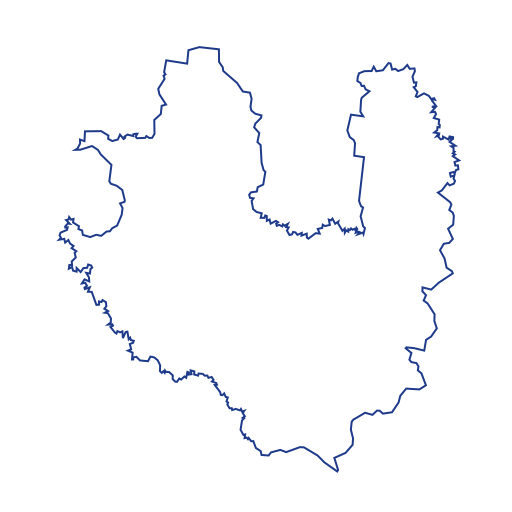 outline of Dong Phu, Bình Phước, Vietnam, rotated 96°
{"feature_id": "81297802B41717626545623", "entity_name": "Dong Phu", "entity_type": "district", "adm_level": 2, "iso_a3": "VNM", "parent_name": "Vietnam", "parent_adm1": "Bình Phước", "projection": "albers", "projection_center": [106.951, 11.479], "detail": "fine", "context": "isolated", "style": "outline", "palette": "blue", "viewbox_px": 512, "rotation_deg": 96, "n_neighbors": 0, "source": "geoboundaries", "source_scale": "gbopen_adm2", "svg_char_len": 6000}
<svg xmlns="http://www.w3.org/2000/svg" viewBox="0 0 512 512"><g transform="rotate(96 256 256)"><path d="M366.8,73.5L355.4,79.2L352.8,83.1L348.8,82.9L345.7,85.3L345.3,90.4L343.1,92.6L336.2,91.3L332.1,97.5L331.1,96.8L331.1,89.0L332.5,78.8L321.6,78.1L317.8,73.4L309.1,68.6L302.1,71.8L295.3,72.3L285.2,80.4L282.8,84.6L277.2,82.8L273.8,86.8L269.8,87.1L271.1,78.2L263.5,71.5L252.7,58.5L250.6,59.6L247.7,65.2L238.8,68.2L231.0,73.6L224.2,70.5L222.8,65.3L218.5,62.0L208.8,67.8L204.3,63.2L195.4,63.4L192.3,64.9L190.0,68.6L184.5,67.1L182.3,68.4L173.9,81.7L171.4,78.1L163.5,73.2L165.5,70.8L163.4,66.8L160.6,65.9L158.4,67.6L155.1,67.1L156.7,70.6L153.2,71.8L151.8,68.4L153.3,67.1L149.6,66.1L148.6,63.8L144.7,64.7L145.2,67.2L141.8,68.4L139.7,64.0L136.1,70.7L134.2,68.6L133.3,71.0L131.5,69.3L130.9,70.6L128.0,70.7L126.5,73.3L125.5,69.2L122.3,75.4L119.8,73.3L119.0,74.9L118.7,72.3L117.2,72.4L116.9,76.0L120.1,76.7L117.7,82.5L119.9,82.4L120.7,84.5L118.4,87.1L116.9,86.8L118.0,88.9L114.9,87.0L114.6,91.7L111.9,88.9L108.8,89.0L108.9,86.9L106.5,86.9L105.7,88.1L101.2,88.1L100.2,93.6L96.1,91.8L93.9,93.1L94.7,96.8L89.7,93.4L89.2,96.7L88.0,92.6L83.1,97.2L81.6,95.9L81.9,94.4L80.5,95.3L81.5,98.3L78.7,100.8L76.7,105.9L81.1,112.2L80.5,113.8L76.0,112.5L71.6,116.8L70.4,114.8L66.6,114.7L67.1,117.0L61.4,119.1L55.6,117.3L52.9,118.0L53.8,122.7L50.2,125.5L54.8,129.0L57.2,134.0L55.3,137.0L56.4,140.1L50.5,142.3L50.3,144.4L58.0,149.2L59.7,155.7L55.4,158.7L60.0,160.4L60.8,167.4L63.5,172.6L67.2,173.5L71.4,173.5L73.0,170.2L75.9,168.7L75.4,166.4L78.8,164.4L80.3,160.4L87.6,167.4L89.7,167.8L101.6,167.3L105.9,164.0L105.5,176.3L121.6,178.3L127.9,175.2L130.5,170.9L133.5,169.3L146.0,168.8L146.4,158.9L190.4,159.3L195.5,156.8L196.6,154.6L205.6,156.1L215.3,152.5L216.8,150.6L222.9,151.4L221.5,152.1L223.8,156.9L221.5,155.3L221.1,156.3L222.4,159.2L218.7,158.1L217.5,159.1L220.3,159.7L218.7,161.0L219.8,162.8L218.6,164.4L220.3,165.3L219.7,166.9L222.1,166.8L221.1,168.9L223.6,170.1L219.5,170.7L221.9,172.7L214.8,177.9L213.1,177.7L215.7,180.6L210.8,183.9L212.7,185.2L212.2,187.4L217.4,185.8L219.0,190.6L217.9,192.9L221.2,193.1L222.6,197.4L227.1,195.0L227.1,199.1L233.3,205.7L232.3,207.3L228.5,207.9L231.0,212.9L228.3,212.9L230.6,217.1L228.4,219.2L228.2,221.6L230.7,222.4L231.6,224.9L227.5,227.9L224.2,226.5L224.1,229.0L220.7,227.7L222.9,230.7L221.7,232.5L223.8,233.0L222.6,236.2L223.8,238.5L221.8,239.3L220.1,237.6L219.0,239.9L222.3,244.8L218.3,246.3L219.9,248.9L215.1,249.5L214.7,251.0L217.2,251.7L217.5,255.3L212.9,254.8L212.2,260.0L209.6,263.8L201.7,266.1L198.9,264.5L198.8,268.0L195.8,269.2L193.2,267.6L191.8,261.9L187.4,261.5L184.2,256.3L171.3,255.5L169.7,257.5L162.6,260.2L145.2,263.0L142.5,266.5L133.4,265.6L128.2,271.3L124.4,270.5L118.0,265.4L115.6,265.3L114.6,271.6L111.8,275.8L108.2,277.1L100.1,276.8L94.2,279.1L93.8,286.3L85.9,292.9L75.4,307.9L71.8,308.8L66.9,313.0L54.3,314.5L54.2,334.1L58.4,344.7L71.9,344.6L70.8,365.7L82.8,366.6L84.9,365.0L86.3,366.8L89.3,365.4L99.9,370.7L105.3,369.0L114.8,361.3L116.5,365.5L124.7,365.5L131.4,371.4L145.1,369.7L149.3,371.6L149.8,374.4L148.2,377.6L150.1,378.5L151.3,386.7L149.9,388.2L146.8,386.8L146.9,388.1L147.7,390.7L149.5,390.7L148.7,396.5L151.0,399.3L152.2,398.5L153.5,399.9L149.5,403.9L154.6,405.6L156.7,411.0L154.9,415.3L151.6,415.4L148.0,423.0L149.9,439.1L159.7,438.6L158.6,443.2L162.6,442.7L167.8,444.8L169.3,446.8L168.6,441.7L163.8,430.6L167.0,424.3L171.2,421.0L180.5,409.3L197.0,409.7L199.3,407.9L200.7,401.9L204.3,395.9L214.3,392.3L215.8,392.4L217.9,396.7L222.3,393.7L229.1,393.9L240.3,397.3L243.4,401.9L246.7,403.9L247.3,407.2L252.1,412.0L251.6,417.2L254.5,422.8L253.1,430.4L248.8,431.6L247.8,435.4L244.9,435.2L241.8,441.4L238.2,441.4L239.2,443.8L236.8,445.9L239.3,446.3L240.1,448.6L243.4,444.6L243.4,446.6L246.7,448.9L247.7,448.6L247.2,446.3L249.8,446.7L253.2,452.8L256.1,453.5L258.3,451.9L260.4,453.5L259.0,448.5L262.6,447.2L259.7,444.3L263.1,442.2L265.1,438.5L267.5,440.2L270.0,435.2L271.7,436.7L276.3,435.1L280.7,438.7L284.4,438.0L284.4,440.7L288.2,440.8L286.2,437.8L289.7,436.4L290.3,432.8L286.7,433.1L290.3,428.7L286.1,426.4L285.4,422.7L282.0,422.0L282.7,418.9L284.7,417.7L286.3,419.3L290.8,419.3L290.5,423.1L294.7,419.9L298.7,419.2L297.2,424.1L301.5,426.3L300.5,423.0L303.3,421.0L305.5,423.3L306.8,422.7L304.5,418.0L309.1,419.4L308.9,415.6L321.3,409.6L320.8,407.0L317.6,407.4L317.9,404.8L315.9,404.0L317.6,400.4L321.7,399.6L324.3,401.3L326.2,397.4L328.2,400.4L328.4,397.3L333.3,393.7L337.4,393.5L339.7,396.0L339.0,391.7L340.2,391.0L341.8,393.3L346.8,388.4L347.7,386.7L345.2,386.0L346.1,383.2L344.9,381.0L351.6,379.8L345.3,377.7L344.7,376.0L352.1,373.9L350.4,372.6L352.7,371.6L353.1,368.7L355.2,369.2L356.7,372.3L361.9,370.4L363.5,373.5L365.0,368.6L371.9,368.5L371.7,367.3L369.7,367.7L368.8,364.4L372.0,360.4L371.9,352.4L367.1,350.5L367.5,346.6L369.9,342.9L374.7,339.9L380.5,339.5L382.1,337.5L380.3,336.1L381.7,334.7L379.4,334.5L380.7,333.3L380.5,330.3L383.4,326.3L387.1,326.0L389.4,323.2L389.4,321.4L385.8,319.5L386.7,317.5L383.3,314.6L384.4,312.7L378.4,312.1L378.8,310.5L381.0,310.6L380.3,307.8L376.6,309.0L377.2,305.3L380.3,305.1L381.0,301.1L378.9,300.8L378.8,296.6L380.4,294.6L380.0,291.9L382.1,290.6L381.0,287.4L383.7,285.3L385.4,286.7L386.5,282.3L388.1,281.4L388.6,283.5L395.1,277.4L397.8,276.5L397.9,274.8L396.0,273.3L399.3,271.4L399.6,269.3L403.8,270.1L404.7,268.4L406.6,269.0L410.2,266.4L409.9,264.2L411.7,263.6L410.2,260.2L411.2,255.8L409.7,255.0L412.1,253.6L411.2,251.5L413.5,252.8L416.6,250.4L418.3,252.3L418.7,250.9L421.0,252.7L430.4,253.2L435.3,249.8L434.6,248.2L438.3,248.3L437.6,246.3L439.0,244.9L437.7,244.3L440.7,241.4L440.4,239.3L446.9,236.1L449.6,230.9L453.3,229.7L453.1,222.6L449.7,220.5L446.3,211.5L447.9,205.5L441.5,192.3L441.3,188.3L447.9,174.0L454.1,166.4L461.8,152.7L460.2,152.0L448.6,157.0L442.5,146.4L433.7,140.2L427.3,140.4L418.8,143.5L410.8,143.5L408.6,142.1L400.5,131.1L401.8,123.6L397.1,119.5L396.9,116.9L399.5,113.3L397.2,104.4L386.8,98.9L380.0,97.9L372.2,92.8L371.6,79.6L366.8,73.5Z" fill="none" stroke="#1e3a8a" stroke-width="2"/></g></svg>